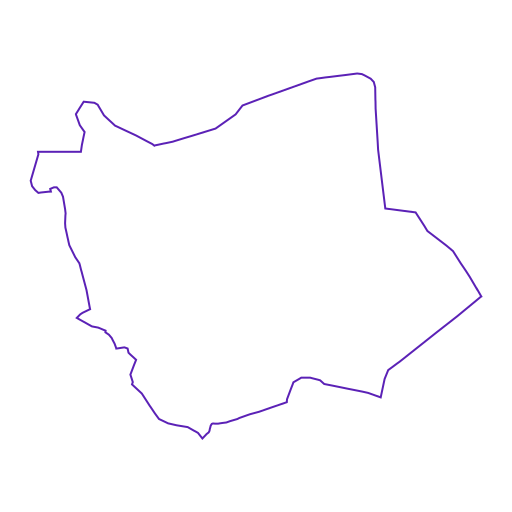 Al Hada, Dhamar, Yemen
{"feature_id": "15242507B58187831730199", "entity_name": "Al Hada", "entity_type": "district", "adm_level": 2, "iso_a3": "YEM", "parent_name": "Yemen", "parent_adm1": "Dhamar", "projection": "albers", "projection_center": [44.487, 14.807], "detail": "fine", "context": "isolated", "style": "outline", "palette": "violet", "viewbox_px": 512, "rotation_deg": 0, "n_neighbors": 0, "source": "geoboundaries", "source_scale": "gbopen_adm2", "svg_char_len": 2876}
<svg xmlns="http://www.w3.org/2000/svg" viewBox="0 0 512 512"><path d="M481.3,296.5L477.0,289.0L476.9,289.1L475.4,286.5L469.7,276.8L465.9,270.9L463.2,266.9L460.8,263.4L453.0,251.1L446.3,245.5L427.4,231.0L424.2,225.7L424.0,225.4L415.6,212.4L385.3,208.5L382.9,189.0L378.1,149.7L377.7,142.4L375.6,108.5L375.5,101.7L375.4,99.7L375.2,87.3L373.8,82.0L370.7,78.7L364.6,75.4L361.9,74.1L357.2,73.5L344.8,75.1L338.9,75.8L330.1,76.9L325.6,77.4L319.9,78.2L316.6,78.6L308.3,81.5L273.4,94.0L272.9,94.2L268.5,95.7L242.5,105.5L239.7,109.1L237.0,112.6L235.6,114.4L215.5,128.6L213.8,129.1L191.4,136.0L184.3,138.1L175.2,140.9L172.7,141.7L165.6,143.2L163.8,143.5L158.3,144.7L154.9,145.4L154.4,145.7L154.0,145.4L152.5,144.2L152.2,144.0L147.0,141.3L136.1,135.5L123.9,129.8L116.7,126.4L115.1,125.7L111.9,122.7L109.6,120.6L104.0,115.4L99.2,107.3L98.6,106.3L97.7,104.7L94.4,102.8L83.7,101.7L79.0,109.1L78.6,109.8L75.9,114.1L76.1,114.9L77.3,118.2L79.8,125.2L83.1,129.9L84.6,132.0L83.6,136.6L83.0,139.6L81.9,144.9L80.9,151.8L79.1,151.8L74.2,151.8L69.2,151.8L62.0,151.8L52.9,151.8L51.4,151.8L47.0,151.8L43.7,151.8L38.0,151.8L38.4,154.3L30.7,180.7L32.1,186.2L35.2,190.1L38.4,192.9L40.9,192.5L48.4,191.7L49.4,191.7L50.9,191.6L50.2,188.9L54.0,187.3L56.7,187.3L61.3,192.7L62.4,195.3L63.0,196.7L65.1,209.2L65.6,213.4L65.4,215.5L65.1,222.9L65.1,223.5L65.4,227.7L65.5,228.1L66.6,233.0L67.3,236.3L67.4,236.8L68.1,239.8L68.4,241.3L69.3,245.2L75.4,257.5L75.9,258.1L76.0,258.3L79.1,262.9L79.3,263.1L79.5,263.8L79.7,264.4L80.1,266.0L81.1,270.0L81.7,272.0L82.1,273.6L83.3,278.1L86.5,290.1L87.8,297.1L88.0,298.2L89.6,306.8L90.1,309.2L89.6,309.4L82.6,312.8L80.3,314.3L76.8,317.9L80.1,319.8L91.9,326.4L98.2,327.6L105.6,330.7L105.4,332.3L108.9,334.7L111.7,338.0L112.6,339.9L114.6,343.7L116.3,348.4L116.3,348.5L117.0,348.5L123.4,347.5L124.5,347.4L126.2,348.0L127.6,348.5L128.5,352.7L130.1,354.3L136.1,359.8L134.8,363.1L134.3,364.3L130.4,374.6L132.8,382.1L132.0,384.4L141.8,393.5L148.2,403.4L149.8,405.9L150.6,407.0L154.9,413.4L159.0,419.0L165.1,421.9L168.2,423.4L168.7,423.5L168.8,423.5L175.8,425.1L176.2,425.2L176.7,425.3L187.7,427.1L194.0,430.7L195.2,431.3L198.0,432.9L202.4,438.5L206.2,434.5L206.4,434.2L208.7,432.4L209.5,430.8L209.8,429.0L210.4,426.9L210.6,425.9L211.2,424.8L211.8,423.9L212.1,423.8L212.5,423.6L213.3,423.5L215.4,423.7L217.9,423.7L220.2,423.3L222.9,422.9L226.3,422.5L226.6,422.4L229.9,421.2L237.4,419.0L239.3,418.0L247.2,415.2L250.1,414.2L257.5,412.2L259.0,411.8L271.6,407.4L286.8,402.2L287.0,399.3L290.9,388.9L292.7,384.3L293.4,382.3L296.3,380.6L299.6,378.7L301.2,377.7L301.5,377.7L310.3,377.7L311.7,378.1L318.0,379.7L320.1,380.3L321.0,381.1L324.0,383.8L324.2,384.0L332.9,385.7L340.8,387.3L348.6,388.9L351.2,389.4L362.3,391.6L368.1,392.9L380.7,397.4L384.6,379.0L388.2,370.1L397.1,363.5L399.5,361.8L437.2,331.9L457.3,316.2L480.9,296.7L481.3,296.5Z" fill="none" stroke="#5b21b6" stroke-width="2"/></svg>